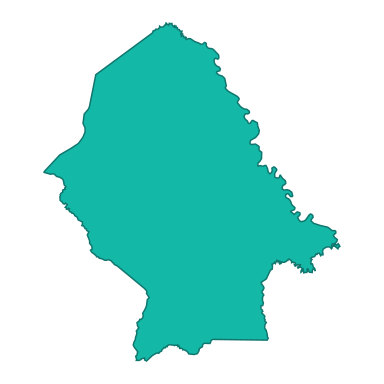 the district of Albania, Caquetá, Colombia
{"feature_id": "7082276B96859535254868", "entity_name": "Albania", "entity_type": "district", "adm_level": 2, "iso_a3": "COL", "parent_name": "Colombia", "parent_adm1": "Caquetá", "projection": "orthographic", "projection_center": [-75.842, 1.231], "detail": "fine", "context": "isolated", "style": "filled", "palette": "teal", "viewbox_px": 384, "rotation_deg": 0, "n_neighbors": 0, "source": "geoboundaries", "source_scale": "gbopen_adm2", "svg_char_len": 5974}
<svg xmlns="http://www.w3.org/2000/svg" viewBox="0 0 384 384"><path d="M338.3,243.7L336.7,245.0L335.6,244.4L335.4,242.9L336.8,241.7L337.3,239.6L334.6,237.4L333.5,235.8L333.8,234.8L335.7,233.2L335.9,232.0L335.5,231.0L334.7,230.6L332.1,230.6L328.4,227.6L326.9,227.0L320.3,225.5L313.6,223.3L311.0,220.8L311.2,219.7L313.1,217.2L312.8,215.6L311.7,214.4L310.5,214.0L309.3,214.8L305.5,220.2L303.3,221.3L301.1,221.6L299.5,220.8L297.5,217.5L300.0,214.8L300.1,213.6L299.6,212.6L297.2,211.9L294.0,214.5L292.4,212.8L290.7,211.8L291.1,210.9L294.1,209.9L294.8,208.9L294.9,207.6L291.7,204.6L290.7,201.5L289.6,199.8L288.4,198.7L286.4,197.8L285.5,196.3L285.8,194.4L287.7,193.7L288.6,194.1L290.5,196.5L292.1,196.6L292.7,195.9L291.8,192.3L289.2,190.3L286.9,189.7L284.0,190.1L282.0,188.7L282.8,185.4L284.7,184.6L285.8,183.2L285.3,180.7L282.4,178.2L280.4,175.2L280.0,175.3L279.2,177.5L278.4,178.0L277.2,178.1L274.7,177.1L274.7,173.4L276.8,170.0L276.3,168.7L274.5,167.1L273.5,167.0L271.9,168.2L272.2,170.3L271.7,172.3L269.9,173.8L268.3,172.3L267.5,168.6L266.0,165.5L265.1,165.4L262.7,166.3L260.4,165.6L258.4,166.1L257.8,165.8L258.0,163.1L259.7,161.6L261.5,158.7L261.7,152.2L259.5,150.7L259.0,149.5L259.1,146.7L258.5,146.0L255.5,144.1L251.0,144.5L250.2,143.7L249.9,142.0L250.9,140.1L255.6,137.5L258.6,133.9L259.3,130.5L257.8,126.3L257.3,122.8L252.9,120.4L252.0,120.6L250.1,123.4L248.9,123.4L248.2,123.0L247.4,121.0L245.1,119.0L244.1,117.1L244.4,115.3L245.5,113.8L247.7,113.9L249.1,113.2L249.5,112.1L249.1,111.0L246.6,109.2L244.6,109.1L242.7,108.2L240.4,106.5L237.4,102.7L237.7,101.2L239.1,99.3L239.0,98.3L237.3,96.4L228.6,91.5L226.1,89.2L225.2,87.9L226.3,85.9L224.7,78.4L222.3,76.1L219.2,75.1L216.5,73.1L217.0,71.5L219.8,70.8L220.4,69.0L219.3,67.2L216.7,66.0L215.1,64.3L214.1,61.9L214.1,60.2L214.7,58.8L215.6,58.2L217.5,59.1L218.5,58.8L218.9,57.3L218.6,55.0L213.3,49.4L211.6,48.6L208.4,48.3L206.3,46.0L206.3,43.5L205.2,42.6L204.4,42.5L202.6,44.2L200.8,44.2L198.3,42.8L194.9,41.7L190.4,38.7L188.4,38.6L186.3,39.5L185.8,38.7L186.2,37.4L185.6,37.1L184.2,37.7L183.6,35.8L182.7,35.8L181.4,36.5L180.9,34.0L182.2,34.3L182.7,34.0L181.3,32.6L182.0,31.2L180.0,31.1L179.3,29.6L177.9,29.5L177.4,28.9L177.4,27.7L176.3,27.7L176.0,26.0L175.6,26.0L175.7,27.1L175.0,27.4L174.4,27.3L174.4,25.7L173.2,26.4L172.0,24.6L171.9,23.5L170.8,23.7L169.4,23.3L169.3,24.2L168.4,25.1L168.0,24.4L166.4,24.6L166.6,23.4L166.1,23.0L165.6,24.3L163.3,26.8L160.9,27.2L159.6,26.2L159.5,27.7L158.0,29.2L155.7,29.2L155.0,30.4L153.2,30.8L152.4,33.0L95.8,74.7L89.4,106.8L88.4,109.1L84.2,114.1L83.0,123.4L85.0,127.7L85.1,132.0L82.9,137.3L78.5,143.4L70.6,148.6L59.9,154.8L44.2,171.6L44.1,172.4L50.8,174.3L51.8,173.8L54.1,174.0L56.6,176.4L60.0,177.4L62.6,179.0L63.4,180.6L64.2,184.9L65.8,186.7L65.5,187.8L64.7,188.0L65.0,189.4L63.0,189.8L62.6,190.8L62.9,191.9L61.0,193.3L60.2,194.7L60.5,195.7L59.9,196.7L60.2,200.5L62.0,201.9L63.2,203.7L64.7,204.1L65.5,203.2L67.4,204.6L65.2,207.3L66.3,207.8L66.5,209.2L67.3,209.4L68.6,208.3L69.5,208.9L68.9,210.2L69.8,211.8L71.6,212.3L71.9,213.2L72.9,213.3L74.5,214.5L74.7,215.6L77.1,217.1L78.2,219.9L82.3,221.9L82.5,224.0L81.8,225.6L83.6,225.9L85.1,228.6L86.3,229.0L86.8,230.5L88.9,231.8L87.3,234.9L89.6,240.8L89.6,243.4L91.9,246.2L92.1,249.2L90.5,250.2L91.7,252.2L95.0,254.7L96.4,256.1L96.6,256.8L98.4,256.8L99.2,258.2L102.0,258.8L104.7,260.2L106.5,260.3L108.1,259.6L111.1,260.7L112.6,262.6L113.7,263.3L114.3,264.5L117.1,265.8L144.4,288.4L146.6,290.8L146.9,292.3L146.5,293.4L149.2,297.6L147.3,299.6L146.5,305.9L144.9,309.6L142.7,313.3L143.2,315.7L142.7,317.7L141.3,319.4L139.8,319.3L139.1,321.0L137.0,322.6L137.6,326.2L138.8,327.8L136.3,331.1L136.8,332.4L136.6,334.5L135.5,337.6L135.4,339.5L134.1,341.9L133.2,344.9L134.1,346.9L137.9,352.0L137.2,353.1L137.2,354.9L135.7,356.2L136.6,359.3L136.3,360.4L139.3,360.4L141.0,359.5L141.6,358.7L144.6,358.1L144.7,360.0L146.5,361.0L152.5,355.4L157.0,352.9L158.7,353.3L160.3,351.6L161.6,351.1L162.0,349.5L164.0,348.0L164.1,347.5L165.3,347.8L166.3,346.4L167.3,346.6L167.4,345.7L169.1,344.7L173.9,345.2L174.5,345.6L175.2,345.1L177.1,345.4L177.7,344.9L178.3,345.7L178.0,346.4L179.0,346.1L179.6,348.2L180.1,347.8L180.5,348.4L181.7,348.3L182.5,348.8L182.8,349.9L183.7,349.6L186.4,350.9L188.1,352.6L188.7,353.9L194.1,354.5L197.4,353.6L199.1,350.5L199.2,348.7L202.4,346.7L202.6,344.8L203.3,343.9L204.5,343.3L209.9,343.5L210.5,342.6L211.1,340.4L212.8,339.4L267.2,340.1L268.2,338.1L267.4,336.9L267.3,334.8L266.2,330.4L264.6,328.1L264.9,324.7L266.3,322.5L264.7,320.9L265.1,319.8L264.3,318.1L264.8,316.1L261.7,312.8L261.9,312.0L262.8,311.4L262.3,310.1L260.9,308.8L261.0,306.0L261.3,305.6L262.7,305.6L263.4,303.0L262.4,300.2L262.7,296.6L263.8,295.0L261.9,292.2L262.3,290.7L263.0,290.3L264.0,288.0L263.4,286.4L261.5,283.8L261.3,282.3L266.3,278.9L270.4,270.2L272.2,269.2L272.5,266.0L272.0,264.2L273.7,263.6L274.6,262.3L275.4,263.5L276.9,260.3L277.6,261.3L278.5,261.0L278.3,262.1L279.9,261.4L280.7,261.6L280.8,262.2L279.4,263.6L279.7,264.0L280.9,263.5L282.3,262.1L284.3,262.3L286.1,261.5L286.7,260.6L287.9,260.5L288.2,259.4L289.1,259.0L291.4,260.8L291.6,262.6L292.6,261.9L293.5,262.7L294.6,262.5L295.3,263.2L295.6,264.1L294.3,264.8L295.2,266.2L298.0,264.5L300.5,264.7L300.1,266.0L298.3,266.3L297.6,267.6L298.0,268.1L300.2,267.0L303.3,268.9L303.2,269.3L301.8,269.4L301.0,271.0L301.0,272.2L303.0,270.5L303.7,271.2L303.7,272.8L306.8,272.3L307.3,271.5L307.1,269.1L307.6,268.8L308.3,269.3L308.4,270.6L309.4,272.2L312.2,272.5L312.4,270.1L313.4,268.8L313.8,268.9L315.0,270.6L315.3,270.4L314.6,268.4L313.2,266.9L312.5,264.1L312.0,263.7L311.2,264.1L310.7,263.6L311.2,260.5L312.0,259.5L310.6,258.6L311.9,257.3L314.5,256.6L315.4,255.5L315.7,254.2L317.0,254.4L317.7,253.4L319.2,253.1L320.7,255.7L321.5,254.5L322.9,254.9L323.1,254.0L322.5,251.9L323.1,249.2L326.3,247.1L329.0,246.8L330.2,247.3L331.5,248.8L332.2,247.7L331.6,245.2L332.2,244.0L334.4,243.8L334.4,244.4L332.7,246.2L334.8,246.2L337.9,248.8L338.4,247.4L339.9,246.4L338.3,243.7Z" fill="#14b8a6" stroke="#0f766e" stroke-width="1.5"/></svg>